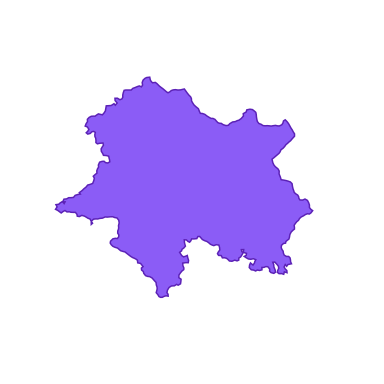 Andrelândia, Minas Gerais, Brazil (orthographic projection), rotated 232°
{"feature_id": "56859067B65211314111739", "entity_name": "Andrelândia", "entity_type": "district", "adm_level": 2, "iso_a3": "BRA", "parent_name": "Brazil", "parent_adm1": "Minas Gerais", "projection": "orthographic", "projection_center": [-44.286, -21.735], "detail": "fine", "context": "isolated", "style": "filled", "palette": "violet", "viewbox_px": 384, "rotation_deg": 232, "n_neighbors": 0, "source": "geoboundaries", "source_scale": "gbopen_adm2", "svg_char_len": 6001}
<svg xmlns="http://www.w3.org/2000/svg" viewBox="0 0 384 384"><g transform="rotate(232 192 192)"><path d="M263.9,84.1L264.6,81.8L264.4,79.4L265.8,77.0L263.3,76.5L262.4,73.8L260.1,74.9L257.8,75.5L256.0,76.0L256.0,78.2L255.6,80.5L253.3,81.2L251.9,83.2L250.6,84.1L249.3,85.6L247.7,87.6L245.2,87.6L243.6,86.7L242.0,88.1L241.4,90.8L239.2,92.4L237.0,93.3L235.3,93.9L233.6,95.0L231.0,94.6L231.2,97.7L230.0,99.7L228.8,101.1L228.0,103.0L226.5,105.4L225.8,108.2L224.3,109.9L223.0,112.0L221.4,114.2L219.4,115.4L217.8,116.9L214.9,116.9L212.5,115.6L210.7,113.3L209.1,112.3L208.0,111.2L207.0,109.5L205.3,108.1L203.2,107.9L201.8,106.6L201.3,104.5L202.7,103.1L203.8,100.9L203.4,97.5L202.1,96.1L200.1,95.9L197.9,96.2L195.8,97.3L193.7,98.8L189.7,99.6L187.4,101.2L186.0,102.3L183.9,102.8L180.7,103.6L178.9,104.1L177.0,104.8L175.2,105.8L173.7,106.5L171.8,107.0L169.6,105.6L167.4,107.5L165.3,107.5L163.3,107.5L163.2,105.3L161.5,104.2L159.3,104.7L157.6,103.9L154.7,103.9L152.9,105.0L151.3,106.6L148.8,107.6L146.9,107.7L145.0,107.8L142.9,108.0L140.6,106.6L138.7,106.0L137.1,104.9L135.9,103.4L134.7,101.8L132.2,101.9L130.0,101.6L128.4,102.3L127.3,103.8L126.9,105.9L126.2,107.6L124.6,109.1L126.2,110.2L128.1,110.3L129.8,112.3L130.9,115.2L130.6,118.0L128.9,120.4L128.7,123.0L127.1,123.7L126.7,126.4L128.1,127.9L130.0,129.7L132.6,128.9L134.6,130.6L135.3,132.8L135.9,135.3L135.9,137.7L137.1,138.8L139.6,139.5L141.7,140.9L140.1,143.7L138.6,145.5L140.2,147.2L142.6,148.1L144.9,149.2L145.3,147.5L146.1,145.4L148.1,144.8L149.8,144.9L152.1,145.1L152.0,147.5L153.0,148.9L152.9,151.0L153.4,153.5L155.0,154.1L156.9,155.0L159.1,156.5L157.7,158.1L155.5,158.4L153.9,159.2L154.3,161.1L155.3,162.8L153.6,165.0L152.3,167.1L153.3,169.2L152.2,170.7L150.4,170.8L148.2,170.9L146.0,171.9L143.8,173.3L141.8,173.9L139.6,174.3L137.8,175.2L136.3,176.2L135.6,178.6L133.6,180.5L131.2,179.5L129.2,178.2L128.5,175.7L127.7,174.1L125.7,173.9L123.9,175.9L121.4,175.4L120.1,177.2L118.5,178.4L116.8,178.8L114.6,179.0L112.8,180.9L112.0,183.7L110.0,185.1L109.5,186.9L111.1,188.2L110.9,190.3L111.6,192.4L112.8,195.3L110.1,197.2L108.7,195.7L109.1,193.5L106.9,194.2L104.5,195.2L102.8,196.9L101.6,199.3L99.4,200.6L98.6,198.8L97.5,197.3L96.9,195.1L100.1,194.4L99.0,192.4L97.2,190.6L94.2,190.8L92.5,192.5L90.6,193.5L90.3,195.4L88.5,197.0L87.6,199.2L89.5,200.6L88.3,202.3L87.8,204.2L86.5,205.7L83.5,205.8L81.8,204.4L79.9,204.6L77.5,206.4L77.4,208.4L79.3,209.5L82.5,210.4L84.5,211.7L86.9,212.4L85.8,214.1L82.5,214.4L80.4,214.4L78.5,213.4L77.4,211.2L76.2,209.8L74.1,210.3L72.5,212.4L70.7,213.6L72.2,215.6L69.9,217.2L71.8,218.4L74.0,218.1L76.2,218.4L77.4,220.8L75.2,220.9L75.8,222.9L74.2,226.2L76.2,226.7L77.9,227.8L79.7,228.7L81.7,228.5L83.3,226.6L85.5,225.8L87.6,226.4L89.3,227.4L91.3,227.5L93.3,228.1L94.9,229.7L95.1,232.5L94.1,234.2L95.2,235.5L95.3,237.4L95.2,239.3L96.4,241.0L98.2,242.9L99.4,245.5L99.7,248.0L99.7,249.9L101.1,251.0L102.9,252.0L103.6,254.2L104.1,256.3L104.1,258.4L104.9,260.4L105.1,262.7L104.6,265.1L104.4,267.6L103.8,269.6L102.4,270.9L102.3,272.8L103.0,275.6L105.3,275.0L107.5,275.0L109.4,276.5L111.6,277.3L114.3,277.8L116.9,276.7L117.5,274.3L119.2,272.2L121.1,272.3L122.8,273.2L124.6,273.4L126.5,272.7L128.7,272.3L130.5,273.0L132.4,273.6L134.5,274.6L137.0,276.0L139.4,275.7L141.0,274.7L142.8,273.4L144.9,271.6L146.8,269.8L149.3,270.8L152.7,271.8L154.8,273.6L157.1,274.0L159.1,273.6L160.7,273.2L163.1,273.2L165.5,273.8L168.6,275.3L168.6,277.7L168.7,280.0L168.8,282.4L168.9,284.4L169.4,286.1L170.5,288.1L170.4,290.6L170.8,293.0L171.5,295.3L171.5,297.2L171.7,299.0L171.7,301.2L172.3,304.0L172.8,307.1L174.7,308.6L177.1,308.8L179.1,309.2L181.7,309.4L184.6,309.9L186.8,310.2L189.1,310.2L191.5,309.9L191.7,307.9L190.3,306.0L189.7,304.1L190.3,301.4L191.6,300.0L193.1,298.8L194.2,296.9L195.2,295.0L196.6,293.6L197.9,292.2L199.2,290.3L200.7,288.8L202.7,288.2L204.8,286.9L207.3,286.9L209.3,287.8L211.5,289.0L213.6,290.4L215.5,291.3L217.3,291.0L219.7,290.4L221.6,288.6L223.0,285.8L221.7,283.9L222.2,280.6L220.2,279.3L219.6,276.0L219.7,273.2L220.4,271.5L220.8,269.5L222.2,267.1L222.6,263.9L222.2,261.7L223.4,259.7L225.9,258.0L228.1,257.3L229.2,256.0L230.7,255.1L232.7,254.9L235.1,254.8L237.1,253.8L238.3,252.3L240.2,251.5L242.6,250.6L245.3,249.9L247.5,248.5L248.8,247.0L250.7,247.4L253.7,248.3L256.8,247.6L259.2,247.2L261.1,247.3L264.0,247.7L266.1,249.1L267.9,249.5L270.3,249.2L273.3,249.2L275.6,249.3L277.9,249.4L278.7,247.7L279.5,245.9L281.0,243.7L282.9,241.9L284.1,239.9L284.7,238.1L284.6,236.0L285.0,234.2L286.5,233.6L289.1,233.1L291.5,232.6L293.2,232.1L295.6,231.5L299.0,231.1L300.9,230.6L302.4,228.1L304.4,227.9L306.1,228.2L308.5,229.4L310.1,226.8L310.5,225.0L310.3,222.4L308.9,220.1L306.7,218.9L306.0,216.9L308.0,215.8L308.7,213.9L309.4,211.3L310.1,209.2L309.8,206.8L311.3,205.0L313.1,202.7L313.9,201.1L312.5,198.9L311.0,197.1L309.3,195.8L308.5,194.1L309.1,192.0L311.8,191.0L313.3,189.0L311.4,187.7L308.2,187.8L307.6,185.0L309.6,184.9L309.9,181.6L311.3,179.5L312.7,177.5L310.8,175.4L309.2,173.6L308.4,171.2L308.0,168.9L309.7,167.5L311.2,166.3L311.4,164.0L311.4,162.3L312.5,161.0L313.7,159.2L314.1,156.9L313.7,154.3L311.8,153.0L311.0,150.6L309.7,148.4L307.6,149.6L304.9,149.3L304.1,147.4L303.8,145.1L301.8,145.5L300.8,147.9L301.1,150.3L300.2,151.9L298.5,152.5L297.0,150.7L295.4,149.6L293.8,149.3L291.8,148.1L290.1,146.7L288.2,147.1L287.2,149.3L285.4,152.0L283.4,151.0L282.8,149.1L281.9,146.9L279.9,145.6L277.2,145.3L275.4,144.8L273.4,147.0L271.5,148.4L269.7,147.5L268.0,146.8L266.4,145.8L266.7,143.5L268.3,142.0L270.4,141.6L271.5,140.0L272.4,137.6L270.9,134.8L269.1,133.7L268.5,131.9L267.3,130.0L265.4,128.7L265.4,126.5L265.2,123.9L263.1,123.6L261.5,121.7L259.9,119.0L260.7,116.4L261.7,114.1L261.1,111.4L261.1,108.9L260.8,106.3L260.9,102.8L259.1,102.7L260.2,100.8L261.3,97.9L260.7,95.3L262.0,93.2L263.4,91.4L263.8,88.9L265.2,86.7L263.9,84.1ZM112.8,195.3L114.2,194.5L116.2,195.4L114.8,197.3L112.8,195.3ZM263.9,84.1L262.4,85.9L261.6,84.1L263.9,84.1ZM231.0,94.6L228.5,92.7L228.6,94.4L231.0,94.6Z" fill="#8b5cf6" stroke="#5b21b6" stroke-width="1.5"/></g></svg>